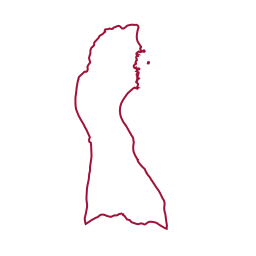 Radum, Shabwah, Yemen (Natural Earth projection), rotated 282°
{"feature_id": "15242507B54571430773522", "entity_name": "Radum", "entity_type": "district", "adm_level": 2, "iso_a3": "YEM", "parent_name": "Yemen", "parent_adm1": "Shabwah", "projection": "natural_earth1", "projection_center": [48.124, 13.978], "detail": "fine", "context": "isolated", "style": "outline", "palette": "rose", "viewbox_px": 256, "rotation_deg": 282, "n_neighbors": 0, "source": "geoboundaries", "source_scale": "gbopen_adm2", "svg_char_len": 5641}
<svg xmlns="http://www.w3.org/2000/svg" viewBox="0 0 256 256"><g transform="rotate(282 128 128)"><path d="M37.5,129.7L38.7,131.4L39.3,132.2L39.8,133.1L40.0,134.7L40.7,136.0L42.0,137.2L42.9,139.3L42.6,141.3L41.8,141.3L41.2,143.0L38.4,145.9L38.2,149.0L36.8,150.7L36.6,151.1L36.0,155.9L36.0,157.7L36.3,158.5L37.3,160.2L37.5,161.6L37.4,162.6L37.0,163.9L37.1,164.2L37.4,164.9L39.9,167.2L40.7,168.5L41.0,169.4L41.3,172.1L41.2,175.4L40.7,176.8L40.2,177.8L39.5,179.6L37.6,185.5L37.5,186.8L40.4,186.3L40.6,186.4L41.5,186.0L42.7,185.6L43.9,185.1L51.8,182.3L52.4,182.0L53.0,181.6L54.3,181.0L55.2,180.6L57.3,180.0L58.7,179.9L61.7,179.5L62.8,179.2L63.4,178.8L64.4,178.4L66.5,176.4L71.1,172.8L73.2,170.9L76.1,167.7L81.3,162.5L82.0,161.7L83.3,160.5L84.4,159.5L85.9,157.6L87.7,155.6L87.9,155.7L89.5,154.1L91.1,153.2L91.7,152.4L91.9,151.9L93.3,149.7L94.0,148.7L95.3,147.0L97.3,144.9L98.0,144.3L98.5,144.1L98.7,144.3L98.9,144.3L98.9,144.1L99.1,143.9L100.0,143.1L102.5,140.8L104.5,139.4L105.5,138.7L106.7,138.1L109.1,137.3L111.3,136.9L115.4,136.6L115.9,136.3L118.2,135.5L119.7,134.8L121.8,132.7L129.7,125.7L130.6,124.6L130.8,124.6L131.1,124.2L131.6,123.5L133.3,121.8L134.5,120.8L136.6,119.3L137.9,118.5L139.4,117.7L140.9,117.2L143.0,116.5L145.0,116.2L147.3,116.0L148.8,116.1L151.3,116.4L154.3,117.3L157.2,118.4L162.1,120.6L162.9,121.2L167.5,124.6L168.8,125.9L168.9,126.0L168.9,126.4L168.7,126.5L168.7,127.6L168.6,127.9L168.7,128.1L168.9,128.2L168.7,128.5L168.4,128.4L168.6,128.5L168.5,128.9L168.4,129.0L168.5,129.1L168.9,129.1L169.1,129.2L169.5,129.3L169.6,129.5L169.8,128.9L170.1,128.5L170.4,128.4L171.1,128.7L172.2,128.8L172.6,128.7L172.8,128.7L173.1,128.5L173.4,128.5L173.7,128.0L173.8,127.8L173.9,127.7L174.1,127.4L174.2,126.9L174.5,126.5L174.8,126.4L175.2,126.4L175.3,126.6L175.5,126.7L175.7,127.0L176.0,126.9L176.3,126.9L176.5,127.2L177.3,126.8L177.5,127.0L177.8,126.9L178.0,127.1L177.8,127.4L178.0,127.8L178.3,128.2L178.6,128.2L178.7,128.3L178.8,128.1L179.2,127.9L179.4,127.6L179.2,127.2L179.0,126.7L179.6,126.3L179.8,126.3L180.0,126.3L180.4,126.5L180.7,126.3L180.8,126.4L181.0,126.4L181.2,126.5L181.2,126.4L181.3,126.4L181.4,126.1L181.5,125.6L182.1,125.6L182.3,125.3L182.5,125.3L182.8,125.8L182.8,126.1L183.0,126.3L183.4,126.4L183.5,126.7L183.4,126.8L183.7,126.8L184.0,127.0L184.3,126.9L184.4,126.5L184.6,126.5L184.6,126.3L184.7,126.2L184.6,125.9L184.5,125.7L184.6,125.4L185.4,125.1L185.4,124.9L185.5,125.0L185.7,124.8L185.9,124.8L185.9,124.7L186.3,124.9L186.8,124.9L187.1,124.4L187.4,124.1L187.9,123.7L188.0,123.7L188.3,124.0L188.4,123.9L188.4,123.7L188.4,123.2L188.7,123.1L188.4,122.8L188.2,122.7L188.1,122.1L188.4,121.5L189.0,121.0L189.4,120.8L190.0,120.7L190.4,120.9L190.6,120.9L190.8,121.1L191.0,121.1L191.4,121.3L191.8,121.7L191.9,121.9L192.2,121.9L192.3,122.1L192.2,122.3L192.4,122.5L192.8,122.4L193.0,122.1L192.9,121.9L193.2,121.8L193.4,122.1L193.5,122.1L193.8,121.9L194.5,121.8L195.0,121.9L195.4,122.0L195.9,122.4L196.0,122.3L196.4,122.6L196.7,122.5L197.1,122.1L197.5,122.1L198.3,121.4L199.0,121.3L199.3,121.5L199.6,121.5L199.7,121.4L200.2,121.5L200.3,121.7L200.2,122.0L200.4,122.5L200.8,122.0L201.4,121.9L201.7,122.0L201.8,122.1L201.9,122.4L202.0,122.0L202.0,121.7L201.7,121.2L201.8,121.1L202.1,120.8L202.5,120.7L202.9,120.8L203.2,120.9L203.5,121.2L203.5,121.5L203.8,121.5L204.1,121.7L204.9,122.4L205.1,122.7L205.0,122.8L205.0,123.3L204.8,123.9L205.0,124.7L205.2,125.1L205.5,125.1L205.8,125.3L206.1,125.4L206.4,125.2L206.6,124.6L207.1,124.1L207.5,123.8L208.0,123.4L208.6,123.3L208.9,123.5L209.3,123.9L209.5,123.8L209.8,124.0L210.0,124.0L211.0,123.0L211.4,122.5L211.9,122.0L212.3,121.8L213.3,120.6L214.1,119.9L215.0,119.2L217.0,118.2L217.8,117.9L220.1,117.4L222.4,117.2L224.5,117.1L225.8,117.2L226.3,117.1L228.1,117.3L228.7,117.4L229.5,116.9L230.3,116.1L230.7,114.9L230.4,113.6L230.1,112.4L230.0,111.2L229.8,110.0L229.3,108.8L228.3,106.6L227.6,105.6L225.7,104.3L224.9,103.5L224.2,102.6L224.2,101.3L224.9,100.3L225.6,99.3L226.0,98.2L225.8,97.0L225.1,95.9L224.4,95.0L223.1,92.9L222.1,92.7L221.5,91.7L221.4,90.5L221.5,89.3L220.8,88.4L220.3,87.3L220.1,86.0L219.4,85.1L218.3,85.0L217.4,85.7L216.6,84.8L215.6,84.4L213.8,82.8L212.2,81.0L211.0,80.8L209.9,80.4L205.1,77.5L204.0,77.2L202.9,77.5L201.7,77.6L200.9,76.9L199.8,76.4L199.1,75.6L196.9,75.1L194.8,75.3L193.7,75.6L192.7,75.7L191.6,75.5L188.3,75.3L184.2,77.4L182.2,76.4L180.2,75.7L179.1,75.6L178.1,76.2L177.1,76.3L176.0,76.4L175.0,76.2L174.2,75.3L174.2,74.1L173.4,73.3L172.5,72.8L168.8,70.1L167.8,69.5L166.7,69.2L165.7,69.5L164.6,69.3L164.6,69.2L163.0,69.2L160.8,69.2L156.5,69.4L152.1,69.9L146.6,70.3L141.4,71.4L139.2,72.0L136.0,73.1L135.1,73.6L130.4,76.7L129.5,77.4L126.9,79.6L121.8,84.3L120.0,85.6L117.4,87.9L111.0,92.6L108.5,92.3L106.5,93.0L105.9,94.7L101.6,96.0L99.4,96.5L94.1,97.9L92.0,98.3L87.5,98.6L81.9,99.0L80.8,99.2L78.7,99.7L76.5,99.7L75.4,99.6L74.2,99.7L69.8,100.3L63.2,100.3L59.9,100.5L50.9,101.9L48.6,102.5L44.3,104.0L43.1,104.2L42.0,104.4L37.7,104.5L31.0,104.5L29.9,104.6L26.8,105.8L25.8,106.2L25.3,106.6L30.6,111.8L33.8,115.5L34.4,116.8L37.0,118.8L37.7,120.0L38.2,122.0L38.0,123.8L37.6,125.7L37.5,127.6L37.5,129.7ZM206.4,126.9L206.3,127.0L205.8,127.1L205.8,127.4L206.0,128.2L206.5,128.4L206.8,128.0L207.3,127.5L207.2,127.3L207.1,127.1L206.4,126.9ZM188.3,125.3L188.4,125.1L188.2,125.3L187.8,125.2L187.6,125.3L187.5,125.8L187.4,126.0L187.5,126.1L187.8,126.8L188.1,126.8L188.2,126.4L188.4,126.3L188.4,126.1L188.5,126.0L188.3,125.3ZM196.0,134.0L195.7,133.9L195.4,133.9L195.3,134.1L195.3,134.3L195.4,134.6L195.5,134.8L195.8,134.8L196.1,134.7L196.3,134.9L196.6,134.9L196.8,134.6L196.8,134.3L196.6,134.0L196.4,133.9L196.0,134.0Z" fill="none" stroke="#9f1239" stroke-width="2"/></g></svg>